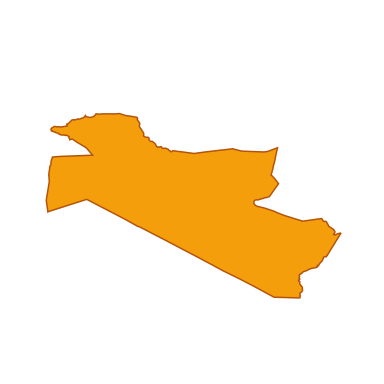 the district of Engerdal nor, Hedmark, Norway, rotated 110°
{"feature_id": "86288312B32893116539202", "entity_name": "Engerdal nor", "entity_type": "district", "adm_level": 2, "iso_a3": "NOR", "parent_name": "Norway", "parent_adm1": "Hedmark", "projection": "orthographic", "projection_center": [11.825, 61.975], "detail": "fine", "context": "isolated", "style": "filled", "palette": "amber", "viewbox_px": 384, "rotation_deg": 110, "n_neighbors": 0, "source": "geoboundaries", "source_scale": "gbopen_adm2", "svg_char_len": 5755}
<svg xmlns="http://www.w3.org/2000/svg" viewBox="0 0 384 384"><g transform="rotate(110 192 192)"><path d="M121.2,126.8L128.0,134.7L129.8,138.1L136.6,159.3L137.5,168.7L138.3,170.1L139.2,172.0L141.8,177.1L142.1,177.8L143.3,180.3L144.5,182.6L150.4,194.3L155.0,203.0L155.4,204.5L157.3,213.3L158.4,217.9L159.7,224.1L159.8,224.2L161.0,225.0L161.4,225.5L161.3,226.0L160.9,226.7L160.8,227.1L160.7,227.3L160.7,228.0L160.1,228.9L159.9,229.2L159.9,229.3L160.1,229.7L160.1,229.9L159.9,230.4L159.9,231.1L159.9,231.6L160.1,232.1L160.2,232.5L160.3,232.8L160.5,233.3L160.8,233.8L160.9,234.1L160.8,234.7L160.9,234.9L160.8,235.0L160.6,235.6L160.4,235.8L160.0,236.4L160.0,236.5L160.1,237.0L160.3,237.2L160.4,237.4L160.9,237.8L161.1,238.2L161.2,238.5L161.2,238.9L161.2,239.2L161.5,239.7L161.5,240.2L161.4,240.5L161.4,240.8L161.3,241.0L160.6,241.6L160.2,242.1L159.7,242.6L159.0,243.5L158.9,244.0L158.7,244.4L158.6,244.9L158.3,245.6L158.2,246.3L158.0,246.9L158.5,247.6L158.6,248.0L158.6,248.3L158.4,248.9L157.6,250.3L157.3,250.4L157.1,250.5L156.7,250.5L155.9,251.1L155.7,251.4L155.7,251.8L155.7,252.0L155.8,252.6L155.9,252.9L156.2,253.6L156.3,254.2L156.3,254.5L156.3,254.8L156.1,255.7L156.1,256.1L156.1,256.4L156.1,256.5L155.7,256.9L155.4,256.9L154.8,257.0L153.9,257.1L153.4,257.6L152.8,258.1L152.4,258.6L151.8,259.5L151.3,260.2L150.9,260.5L150.8,260.8L150.1,261.5L149.5,262.6L149.2,262.9L148.9,263.4L148.4,263.8L147.6,264.2L146.9,264.2L146.2,264.3L144.9,264.9L144.7,265.2L144.4,265.7L144.0,266.3L143.4,267.3L143.1,267.7L142.3,268.4L141.3,268.3L140.8,269.2L140.7,269.5L140.8,269.9L140.9,270.3L141.0,270.8L141.0,271.2L141.9,276.2L142.8,279.8L142.8,280.3L142.9,281.8L143.0,284.5L143.1,285.7L143.2,287.3L145.3,291.8L145.7,293.3L149.2,302.8L150.9,306.6L151.3,308.9L153.3,309.4L155.3,310.9L156.9,313.4L157.4,317.4L156.6,318.4L158.0,318.6L160.0,319.9L160.2,320.7L162.0,322.6L162.3,324.2L164.0,326.1L165.2,329.3L170.3,331.8L171.0,332.9L172.7,331.8L174.1,334.6L175.8,337.2L175.9,338.4L176.1,338.6L176.3,339.7L176.8,340.7L177.2,342.6L177.3,343.5L177.7,344.1L178.6,344.5L179.8,345.7L180.4,345.9L181.2,346.0L181.5,345.9L182.4,345.3L182.6,345.0L182.7,344.6L182.2,344.3L182.7,343.6L182.6,343.2L182.5,342.9L182.5,342.7L182.7,342.3L182.6,342.0L182.7,341.5L182.6,341.4L182.6,341.2L182.5,340.9L182.6,340.6L182.8,340.3L182.8,340.0L182.6,338.8L182.5,338.6L182.4,338.3L182.7,337.6L182.9,337.4L183.0,337.2L182.9,337.1L183.0,336.6L183.1,336.4L183.1,336.2L183.0,335.9L183.1,335.6L183.0,335.4L183.0,335.1L183.2,334.6L183.1,334.1L183.0,333.9L182.9,333.5L182.8,333.4L182.7,333.1L182.5,332.5L182.4,332.4L182.4,332.1L182.3,331.8L182.3,331.7L182.2,331.5L182.2,330.9L182.2,330.5L181.9,330.3L181.7,330.0L181.7,329.5L181.6,329.4L181.6,329.1L181.6,328.8L181.7,328.4L181.7,328.0L181.7,327.7L181.9,327.1L182.0,326.9L182.0,326.6L182.5,326.6L183.2,326.0L183.3,325.9L183.5,325.7L183.6,325.3L183.9,325.3L184.5,324.8L184.7,324.7L184.3,324.3L184.1,324.0L183.7,323.4L183.2,322.7L183.3,322.0L184.6,317.0L186.6,306.5L191.4,298.0L203.9,328.6L206.9,335.1L209.8,335.0L211.1,334.9L211.8,334.8L214.2,334.0L217.1,334.3L217.7,334.1L220.2,333.4L220.8,333.3L221.5,333.3L222.0,333.2L224.2,332.5L224.8,332.6L226.4,331.7L231.2,329.6L245.7,326.9L249.7,326.1L260.0,320.6L259.5,320.2L234.9,288.4L235.4,284.6L240.5,245.7L242.6,232.8L242.8,231.4L242.7,229.2L246.9,196.9L249.7,176.4L251.2,164.9L252.9,153.2L253.5,148.6L255.4,136.0L257.3,118.1L259.4,101.9L262.8,78.9L254.7,54.5L252.5,54.7L252.4,54.9L252.0,55.2L250.5,55.8L250.2,55.9L249.7,55.8L249.2,55.5L249.0,55.1L248.1,54.7L247.1,54.6L246.7,54.4L246.5,54.5L246.2,54.7L245.3,55.2L244.3,55.5L243.5,56.0L243.1,56.8L242.7,57.2L242.6,57.6L242.5,57.8L242.3,58.2L241.9,58.9L241.5,59.3L241.1,59.5L240.4,59.8L239.4,60.0L239.3,60.3L239.3,60.7L239.3,60.9L239.2,61.3L239.0,61.6L238.7,61.6L238.2,61.7L237.8,61.1L237.4,60.9L237.2,61.0L236.8,61.1L236.6,61.3L236.4,61.6L236.2,62.0L235.6,62.1L235.0,62.0L234.4,62.1L234.3,62.4L234.1,62.7L233.9,62.7L232.6,62.7L232.3,62.1L232.1,62.0L231.8,61.7L230.6,60.9L230.3,60.9L229.4,60.4L228.8,60.0L228.3,59.4L227.4,58.3L226.9,57.6L226.0,56.8L225.2,56.0L224.1,55.1L224.1,54.9L223.0,53.7L222.6,53.1L222.1,52.2L221.9,51.9L221.2,50.6L221.1,50.4L221.0,50.2L220.7,49.7L219.9,48.8L219.5,48.7L219.0,49.0L218.2,49.1L218.2,48.8L218.4,48.4L218.3,48.1L218.1,47.9L217.7,48.1L216.7,47.7L216.0,47.7L215.4,47.5L215.3,47.4L214.4,47.2L214.1,47.0L214.0,46.9L213.7,46.9L213.3,46.7L213.2,46.6L212.8,46.5L212.5,46.4L212.3,46.1L211.7,46.0L211.3,46.1L209.9,45.9L208.3,46.0L207.8,45.7L207.5,45.1L207.1,44.4L207.0,44.1L207.0,43.9L206.9,43.7L206.5,43.8L206.2,43.5L205.9,43.4L180.0,38.0L179.9,38.4L180.1,38.9L180.4,39.4L180.9,40.1L181.3,40.7L181.7,41.1L182.2,41.6L182.8,42.1L183.3,42.8L183.5,44.4L181.6,43.9L180.6,44.0L180.1,44.4L178.9,45.9L178.1,49.0L177.9,49.8L177.7,50.7L177.5,51.5L176.9,52.3L175.7,53.5L175.1,54.3L174.1,55.3L173.8,55.7L173.9,56.5L174.5,58.0L174.5,58.6L174.0,59.2L172.9,60.6L172.6,61.1L172.8,61.5L181.5,77.9L182.0,86.5L182.0,87.1L182.1,87.6L182.1,88.2L182.1,88.6L182.2,89.6L182.1,90.2L182.2,91.4L182.2,91.9L182.3,92.9L182.3,94.2L182.4,94.8L182.4,96.2L182.5,96.7L182.3,105.3L182.2,106.3L182.0,108.8L182.2,116.3L182.3,117.8L182.3,118.3L182.4,119.1L182.4,119.5L182.6,121.4L182.8,122.7L182.9,123.5L183.1,124.9L183.1,126.2L183.0,127.1L182.7,128.2L182.3,129.0L181.4,130.0L180.8,130.3L180.2,130.5L179.7,130.5L179.1,130.4L178.6,130.3L178.1,130.0L177.8,129.6L177.3,128.7L177.1,127.9L176.8,127.0L176.2,126.5L175.3,125.2L174.6,124.4L174.4,124.1L174.1,123.6L173.7,122.8L173.0,122.2L172.7,122.0L172.3,121.2L172.1,120.7L171.9,120.5L171.8,120.1L171.6,119.9L171.3,119.7L170.7,119.0L170.3,118.3L169.9,117.7L161.3,115.4L154.6,113.5L151.4,118.5L149.4,122.3L149.1,123.4L143.3,123.9L139.9,124.4L133.2,125.0L131.4,125.4L121.2,126.8Z" fill="#f59e0b" stroke="#b45309" stroke-width="1.5"/></g></svg>